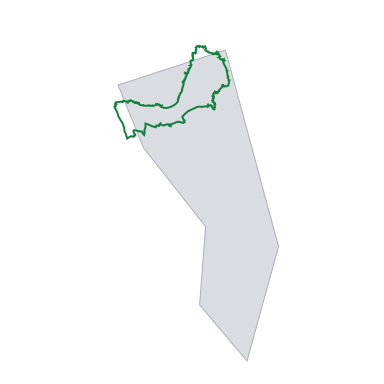 location of North Mahe, English River, Seychelles, rotated 17°
{"feature_id": "34574756B41664711494427", "entity_name": "North Mahe", "entity_type": "district", "adm_level": 2, "iso_a3": "SYC", "parent_name": "Seychelles", "parent_adm1": "English River", "projection": "orthographic", "projection_center": [55.433, -4.604], "detail": "fine", "context": "in_parent", "style": "outline", "palette": "green", "viewbox_px": 384, "rotation_deg": 17, "n_neighbors": 0, "source": "geoboundaries", "source_scale": "gbopen_adm2", "svg_char_len": 5920}
<svg xmlns="http://www.w3.org/2000/svg" viewBox="0 0 384 384"><g transform="rotate(17 192 192)"><path d="M290.7,218.8L294.0,337.5L232.3,297.8L215.1,221.1L132.7,163.9L90.0,111.3L182.5,46.5L290.7,218.8Z" fill="#d9dde1" stroke="#a8b0b8" stroke-width="1"/><path d="M188.4,106.4L188.5,106.3L189.1,106.6L189.3,106.4L188.6,105.6L189.1,104.3L188.9,104.2L189.0,103.7L188.3,103.0L188.2,102.6L188.4,102.5L188.3,102.3L187.7,101.4L188.4,101.1L188.3,100.9L187.7,101.2L187.3,100.3L187.2,100.4L186.8,100.0L186.0,99.9L186.1,99.7L185.5,98.6L185.0,98.6L185.4,97.9L185.2,97.7L185.4,97.5L185.0,97.0L185.0,96.7L184.6,96.7L184.6,96.1L185.1,95.9L185.0,95.5L185.3,95.3L185.2,95.0L184.9,95.1L184.8,94.6L184.4,94.5L184.8,94.2L184.6,94.0L184.3,94.1L184.0,94.0L184.2,93.8L184.2,93.3L184.0,93.2L184.0,92.5L183.7,92.5L183.7,91.5L183.8,91.0L184.4,90.4L184.2,90.2L184.5,90.3L184.7,90.1L184.7,89.8L184.8,89.9L185.0,89.8L185.5,90.4L185.7,90.1L185.4,89.4L185.9,88.7L185.7,89.8L186.9,90.2L186.9,89.7L187.2,89.8L187.4,89.1L187.7,89.2L188.2,87.9L187.8,87.8L188.0,87.5L188.3,87.6L188.4,87.2L188.2,87.1L188.5,85.8L190.3,82.6L190.2,82.2L189.6,81.5L189.8,80.9L190.3,81.0L190.8,80.6L192.0,81.7L193.1,81.0L193.9,80.9L195.4,79.7L195.6,79.1L195.3,77.8L195.5,76.8L195.3,75.6L194.6,74.8L194.4,74.4L194.5,74.3L194.3,74.3L193.5,72.8L192.7,72.0L192.8,71.4L192.6,71.4L192.4,70.8L192.2,70.8L192.0,70.5L191.4,68.8L190.1,66.5L190.1,66.2L190.3,66.3L190.4,66.0L189.7,66.0L188.7,63.9L187.6,62.6L185.5,60.8L184.2,59.2L183.7,58.1L183.9,57.7L184.4,57.7L184.5,56.9L184.7,56.7L184.2,56.5L183.9,56.6L183.7,56.0L183.5,56.3L183.4,56.1L182.8,55.9L182.4,56.0L182.4,56.9L182.0,56.6L181.4,56.5L181.2,56.6L181.4,56.8L181.1,56.9L179.2,56.2L178.9,55.5L179.0,55.2L178.8,54.9L178.5,55.0L179.0,54.3L178.8,54.3L178.5,53.5L177.6,52.4L177.3,52.3L176.4,52.9L175.8,52.8L176.0,53.0L175.9,53.1L175.4,53.0L175.5,52.5L175.9,52.4L175.5,51.9L175.8,51.1L175.5,51.2L174.9,50.8L174.9,51.2L174.4,51.4L174.6,52.6L174.1,52.6L173.9,53.0L173.2,52.8L172.3,53.1L172.5,53.8L171.7,54.1L170.9,53.4L170.2,53.6L169.4,53.3L168.6,53.6L168.0,53.5L167.9,53.7L166.9,53.3L166.6,53.6L166.0,53.3L165.8,52.9L165.3,53.1L164.1,52.9L163.7,52.3L163.3,52.5L163.1,52.2L163.4,51.4L163.3,50.6L162.0,49.0L161.1,49.8L160.7,49.7L160.9,50.0L160.8,50.7L160.0,50.6L159.6,50.2L158.5,50.4L156.8,50.0L156.5,51.3L155.8,51.1L155.0,50.7L154.8,50.9L154.5,50.8L153.8,51.5L153.9,51.9L153.4,52.8L154.1,53.4L154.3,53.9L154.5,54.3L154.1,55.0L154.1,55.9L154.7,56.5L154.6,56.8L155.1,57.5L154.6,58.5L154.0,58.2L153.3,58.7L152.8,58.5L152.3,58.7L152.4,59.2L152.1,59.3L152.7,60.0L152.7,60.4L152.4,60.4L152.3,60.7L153.0,61.3L153.1,61.7L152.8,62.0L153.4,62.4L153.4,62.7L154.1,63.6L154.3,64.2L153.9,65.0L154.2,65.4L154.1,65.9L153.4,66.2L153.2,66.6L152.3,66.9L152.6,67.4L152.5,68.0L153.0,68.7L153.0,69.3L153.3,69.6L153.9,70.5L154.0,70.8L153.8,71.0L154.3,70.9L154.4,71.3L154.2,71.7L153.9,71.6L154.1,72.6L153.7,73.8L153.8,74.3L153.4,74.6L153.6,75.6L153.3,75.8L153.0,75.6L152.7,75.7L152.7,76.1L153.1,76.5L153.0,76.9L153.3,77.4L153.2,78.2L153.0,78.3L153.2,78.6L153.0,79.3L153.5,79.4L153.5,79.7L152.6,80.7L152.3,80.3L152.2,80.5L151.1,80.2L151.2,80.4L150.9,80.5L151.3,80.8L151.5,81.3L151.8,81.3L151.7,81.5L152.1,81.2L152.4,81.4L152.9,82.6L152.7,83.4L152.3,83.8L152.3,84.7L152.5,84.8L152.6,85.7L151.9,86.2L152.2,87.5L151.9,87.5L151.9,88.0L152.2,88.3L151.7,89.2L151.0,89.1L150.9,89.4L151.1,89.9L151.8,90.0L152.0,89.8L152.3,90.2L152.1,90.8L152.5,91.5L152.4,92.3L152.6,93.4L152.4,93.8L152.5,94.5L152.4,96.6L152.7,96.8L152.8,99.0L152.4,100.1L152.0,100.6L151.8,103.2L151.6,103.9L151.4,105.5L151.5,105.7L151.8,105.7L151.4,107.3L151.8,107.9L152.0,109.8L151.5,111.1L149.9,113.6L148.6,115.1L146.6,117.0L144.4,118.4L142.2,119.4L140.0,119.7L138.0,119.7L137.5,119.1L137.8,118.9L137.8,118.6L137.5,118.9L137.3,118.8L137.3,119.1L136.8,119.3L136.2,119.0L136.4,118.5L135.8,118.6L135.5,118.3L135.4,118.5L134.6,118.1L133.9,118.3L133.1,117.9L132.7,118.6L132.3,118.6L132.6,119.1L129.4,121.1L128.9,120.9L128.8,121.3L127.4,121.4L125.9,122.1L125.4,121.7L125.1,121.8L125.2,122.2L124.0,122.4L123.4,122.8L120.8,123.5L120.7,123.3L119.9,123.1L119.6,123.2L119.5,123.4L117.0,124.1L116.2,123.7L115.5,122.6L115.3,122.9L114.8,122.7L114.7,123.0L114.1,122.7L113.7,122.8L113.7,123.0L113.3,122.8L113.3,122.5L112.5,122.3L112.1,122.5L112.2,122.8L111.9,122.9L112.0,123.3L111.5,123.6L110.5,123.3L109.7,122.5L109.3,122.5L109.1,122.8L108.9,122.5L108.2,122.5L107.5,122.2L107.1,122.2L106.9,122.5L106.1,122.4L105.8,122.7L105.9,123.3L105.5,123.7L105.0,123.5L104.6,123.6L104.2,124.5L104.3,124.9L103.7,124.7L103.7,125.1L102.8,124.7L102.2,124.7L101.3,124.8L100.4,124.7L99.7,124.8L99.4,125.0L99.1,125.8L99.4,126.1L99.3,126.4L96.7,126.6L94.9,127.9L94.1,127.8L93.8,128.5L92.7,128.8L92.6,129.2L92.8,129.7L93.4,129.8L94.0,130.4L93.3,130.8L93.1,131.1L93.8,132.2L92.9,132.7L93.0,133.3L96.7,137.1L98.7,139.7L99.8,141.6L101.1,142.5L102.1,143.7L104.3,145.4L106.3,147.5L108.5,150.8L109.6,153.6L112.1,156.2L112.7,157.5L113.6,158.4L114.3,159.8L117.3,156.5L117.9,156.3L118.9,156.5L120.3,156.0L120.1,155.2L120.5,155.2L121.2,154.4L121.2,154.0L119.6,152.6L118.9,152.3L118.0,150.3L118.4,150.0L120.4,149.5L122.8,149.5L124.9,149.2L126.5,148.7L127.4,149.9L128.6,151.0L129.7,151.4L129.4,149.1L128.5,146.9L128.6,144.5L128.2,142.4L127.5,140.2L128.5,140.1L131.6,140.3L134.0,140.8L135.0,140.7L137.8,140.8L138.4,140.7L138.5,138.8L140.4,138.7L141.2,138.3L140.8,137.1L141.8,135.7L142.2,136.7L143.0,136.6L144.0,136.8L146.0,136.5L146.1,136.2L148.0,134.8L150.7,133.9L150.8,135.3L152.4,135.3L151.9,133.7L157.9,128.9L158.9,128.8L159.8,128.5L162.5,128.5L163.1,128.7L163.8,128.0L163.6,127.9L164.5,127.5L164.0,125.8L163.5,125.4L163.1,125.6L162.5,125.1L160.8,123.1L160.8,122.8L162.1,119.9L164.4,116.1L172.0,109.2L173.8,108.3L176.6,107.6L181.7,105.6L182.1,105.9L182.8,105.1L182.0,104.5L181.7,103.8L181.8,103.6L182.6,104.3L183.7,104.1L184.4,103.4L185.3,104.0L185.9,104.0L185.9,104.4L186.9,105.7L188.4,106.4Z" fill="none" stroke="#15803d" stroke-width="2"/></g></svg>